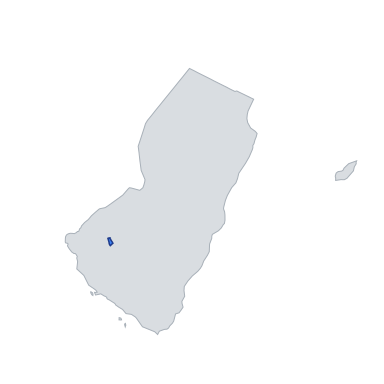 Al Mutun, Al Jawf, Yemen shown in context, rotated 318°
{"feature_id": "15242507B16554732287122", "entity_name": "Al Mutun", "entity_type": "district", "adm_level": 2, "iso_a3": "YEM", "parent_name": "Yemen", "parent_adm1": "Al Jawf", "projection": "natural_earth1", "projection_center": [44.619, 16.313], "detail": "fine", "context": "in_parent", "style": "filled", "palette": "blue", "viewbox_px": 384, "rotation_deg": 318, "n_neighbors": 0, "source": "geoboundaries", "source_scale": "gbopen_adm2", "svg_char_len": 3421}
<svg xmlns="http://www.w3.org/2000/svg" viewBox="0 0 384 384"><g transform="rotate(318 192 192)"><path d="M299.9,164.3L287.9,169.3L284.8,171.5L281.9,174.2L279.8,177.7L278.4,183.7L279.6,189.2L279.5,192.1L276.4,194.1L273.5,195.5L270.3,197.6L268.4,198.1L266.8,199.9L264.9,201.0L258.2,204.1L250.9,206.5L239.3,209.4L234.8,212.5L230.7,214.6L224.5,215.3L216.0,218.2L211.2,220.6L205.4,224.5L204.1,225.7L203.0,228.5L201.2,231.0L197.7,235.0L195.0,237.1L193.3,237.2L189.8,238.3L185.7,238.5L178.8,237.1L177.1,238.1L175.6,239.7L170.3,242.4L164.9,247.9L161.0,249.4L154.6,251.1L150.1,253.4L147.1,254.3L143.3,254.8L136.1,254.6L129.4,255.4L123.1,257.0L120.1,259.9L116.8,264.6L111.3,266.5L110.0,268.2L108.3,271.6L104.7,272.5L101.5,273.1L98.2,271.6L92.0,275.7L89.6,276.4L86.1,276.6L83.5,277.4L81.7,277.2L79.5,275.6L74.6,273.6L71.1,274.9L70.8,270.9L65.0,259.0L66.3,248.5L66.3,247.1L65.1,242.4L61.6,238.2L61.8,232.8L60.6,228.9L59.7,224.9L60.0,223.9L60.0,222.9L58.3,216.8L57.7,215.6L57.5,214.3L58.1,213.3L58.0,212.2L57.1,210.3L56.1,206.7L51.4,204.0L52.4,201.3L53.3,202.3L54.5,203.0L54.8,201.3L54.8,200.1L52.9,192.1L55.8,181.6L54.9,172.1L59.3,168.2L60.5,167.1L61.1,166.0L62.2,163.9L63.6,163.2L64.1,160.9L64.1,159.7L63.1,158.7L62.5,156.1L62.7,152.7L62.9,151.3L63.4,148.7L65.0,147.8L65.3,147.0L64.1,145.4L64.3,144.4L66.9,141.7L67.9,140.8L69.7,140.0L71.0,140.0L72.5,140.5L73.9,141.2L75.3,142.6L76.7,144.2L78.8,144.8L80.3,144.7L81.5,145.4L82.5,145.0L83.7,144.2L85.5,144.2L87.2,143.3L91.9,142.8L96.5,143.1L101.3,142.4L106.0,142.4L110.8,142.5L111.9,142.6L112.9,143.1L117.0,145.5L120.0,146.0L126.2,146.7L132.8,147.4L138.5,148.0L143.3,147.4L147.3,146.9L148.4,147.0L149.6,148.5L152.0,152.2L154.3,155.8L158.3,156.0L160.9,154.6L163.7,152.8L165.4,151.3L167.4,145.6L168.7,141.9L171.6,137.7L174.0,134.2L177.3,129.6L179.1,127.1L182.6,122.0L186.0,120.1L192.6,116.3L199.0,112.6L203.2,110.1L206.8,109.0L212.8,108.1L219.8,106.9L226.9,105.8L234.4,104.6L242.7,103.3L248.5,102.4L255.8,101.2L261.8,100.3L267.2,99.4L272.8,98.5L273.9,101.3L275.0,104.1L276.0,106.9L277.1,109.7L278.2,112.5L279.3,115.3L280.4,118.1L281.5,120.9L282.5,123.7L283.6,126.5L284.7,129.3L285.8,132.1L286.9,134.9L288.0,137.7L289.0,140.5L290.1,143.3L291.2,146.0L292.9,146.9L293.9,149.5L295.4,153.2L296.9,156.9L298.4,160.6L299.9,164.3ZM317.2,276.6L318.7,276.9L321.0,276.0L327.4,275.8L335.2,279.0L333.7,279.8L332.9,280.9L329.5,281.9L326.1,284.3L316.3,285.5L313.4,284.8L311.0,282.5L306.5,279.5L308.3,277.6L308.6,276.7L309.3,275.9L311.8,274.4L314.2,274.6L317.2,276.6ZM54.4,239.3L54.1,239.9L53.7,239.7L52.2,238.2L53.8,236.6L54.7,238.1L54.4,239.3ZM49.8,202.0L49.1,202.6L48.8,201.5L49.3,199.1L50.1,198.4L50.6,200.2L50.3,201.2L49.8,202.0ZM53.7,246.7L52.1,247.6L53.2,245.4L54.3,244.9L54.6,245.0L53.7,246.7Z" fill="#d9dde1" stroke="#a8b0b8" stroke-width="1"/><path d="M97.8,171.6L96.7,173.9L96.5,174.1L96.4,174.4L96.3,174.5L96.2,174.6L96.1,174.9L95.9,175.0L95.8,175.3L95.7,175.5L95.6,175.8L95.5,176.3L95.4,176.8L95.4,177.2L96.6,177.2L97.0,177.1L97.5,177.1L97.8,177.1L98.0,177.2L98.3,177.2L98.5,177.2L98.9,177.2L99.0,176.8L99.1,176.5L99.2,176.2L99.3,175.7L99.3,175.4L99.3,175.2L99.4,174.8L99.4,174.5L99.5,174.2L99.5,173.9L99.6,173.5L99.7,173.1L99.9,172.7L99.9,172.4L99.9,172.2L99.8,171.8L99.8,171.7L100.1,171.4L100.3,171.3L100.2,171.2L100.0,170.9L99.9,170.8L99.7,170.7L99.4,170.5L99.1,170.4L98.9,170.4L98.7,170.3L98.5,170.2L97.8,171.6L97.8,171.6Z" fill="#3b82f6" stroke="#1e3a8a" stroke-width="1.5"/></g></svg>